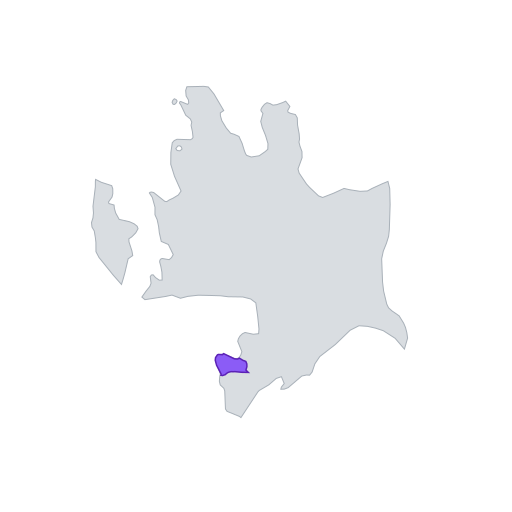 Azerbaijan, with Yardımlı highlighted, rotated 36°
{"feature_id": "AZE-1720", "entity_name": "Yardımlı", "entity_type": "District", "adm_level": 1, "iso_a3": "AZE", "parent_name": "Azerbaijan", "parent_adm1": "", "projection": "orthographic", "projection_center": [48.256, 38.872], "detail": "fine", "context": "in_parent", "style": "filled", "palette": "violet", "viewbox_px": 512, "rotation_deg": 36, "n_neighbors": 0, "source": "natural_earth", "source_scale": "10m", "svg_char_len": 3797}
<svg xmlns="http://www.w3.org/2000/svg" viewBox="0 0 512 512"><g transform="rotate(36 256 256)"><path d="M338.8,395.6L337.0,395.5L323.9,398.7L321.2,397.7L310.0,383.5L307.7,381.9L302.8,381.3L300.0,378.9L297.7,375.1L296.4,372.3L284.9,364.5L283.2,361.7L283.0,359.2L284.7,356.9L286.6,355.1L292.2,353.1L298.8,351.5L300.9,350.3L302.0,348.2L301.9,345.0L300.8,341.7L291.4,335.8L290.4,333.3L290.1,330.1L290.7,326.9L292.1,324.3L299.8,320.9L303.8,317.3L301.3,313.3L293.1,304.1L283.4,294.0L276.9,293.9L269.4,296.9L257.3,305.4L250.7,309.0L241.9,315.0L232.4,321.6L224.6,328.7L219.7,334.6L211.0,337.0L206.6,341.9L191.8,356.6L187.8,356.3L187.7,348.9L188.0,343.0L187.1,339.7L182.6,334.9L182.5,332.9L183.8,331.7L187.4,332.5L192.0,332.4L194.2,330.6L189.4,324.4L185.1,320.3L181.5,317.4L180.7,315.8L180.7,314.6L181.5,313.2L187.9,310.0L188.6,306.9L188.2,303.5L178.3,298.2L170.8,299.9L164.2,294.1L160.0,289.5L154.7,284.7L150.0,282.0L145.6,275.9L137.7,269.6L132.7,267.7L132.8,266.8L133.8,265.7L135.9,264.8L150.1,265.4L151.9,264.4L152.8,261.8L154.9,258.0L157.3,252.3L157.2,247.5L143.2,239.4L133.1,231.9L126.3,222.3L121.7,213.6L122.0,210.7L123.5,208.0L134.7,200.4L135.5,198.4L135.3,197.0L131.5,192.8L126.7,188.5L125.3,185.4L122.3,183.7L116.4,183.4L106.3,177.9L104.2,177.3L103.7,176.3L104.2,175.3L111.6,173.5L111.6,171.7L109.5,169.4L105.4,167.6L101.8,163.4L100.6,159.7L114.1,149.4L118.1,147.3L126.7,149.6L144.4,157.3L143.0,161.2L144.8,163.5L148.8,166.6L156.6,169.9L163.3,171.6L166.7,170.4L171.9,169.3L178.5,173.0L184.6,177.6L187.6,179.5L189.3,180.1L194.0,178.7L199.7,173.0L202.1,166.1L202.8,162.7L199.6,158.0L192.9,152.9L185.5,148.3L180.7,144.3L177.8,136.6L174.7,135.6L173.9,134.6L173.5,132.0L173.7,128.3L174.8,125.5L177.9,124.4L181.0,124.0L183.8,121.4L187.4,116.2L189.0,113.3L195.5,115.1L196.2,119.8L197.4,120.8L200.1,120.3L204.7,118.4L208.2,120.0L212.7,125.7L219.1,131.8L222.5,135.8L223.8,138.6L227.0,141.3L231.8,144.5L235.5,149.4L238.8,160.9L242.2,163.6L254.6,168.1L259.0,169.0L271.2,170.6L275.5,169.5L281.8,159.7L287.5,149.6L292.7,147.4L302.2,142.5L307.9,137.9L310.3,132.9L315.6,123.5L318.9,118.1L324.5,122.8L334.3,135.6L348.3,156.2L351.7,162.1L354.0,168.9L356.1,177.2L359.3,184.4L373.7,202.7L379.9,209.4L390.1,218.1L393.7,220.0L398.4,220.5L407.0,220.3L415.0,223.6L419.0,226.0L423.1,229.4L426.9,233.3L430.8,244.1L416.9,240.8L402.9,241.6L395.1,244.1L387.5,247.4L380.3,251.9L375.8,260.7L372.2,280.9L366.7,299.8L367.0,308.6L369.6,316.9L369.4,320.9L366.8,322.6L363.6,326.2L359.4,343.6L357.2,347.0L354.4,349.2L353.6,347.2L353.8,342.6L347.5,338.7L344.3,343.2L342.1,352.7L337.7,362.8L337.4,364.7L338.8,395.6ZM132.6,215.7L133.3,213.0L131.6,211.7L129.7,211.6L128.1,212.9L128.0,216.3L130.2,217.0L132.6,215.7ZM84.1,292.7L82.1,289.9L81.2,288.3L87.5,287.3L97.9,283.9L100.6,285.8L103.5,289.7L104.9,293.0L104.9,299.0L106.2,300.0L111.2,298.2L113.4,300.7L117.2,303.7L123.8,306.8L133.6,302.6L138.4,301.6L142.4,301.8L144.5,303.2L145.1,307.9L144.2,313.7L143.0,316.8L144.9,319.2L152.7,324.9L156.0,328.1L154.2,333.4L159.8,346.7L161.7,351.8L163.9,358.1L151.8,355.4L129.9,349.5L124.0,346.6L118.5,339.1L115.2,335.5L110.4,330.8L106.3,329.0L103.3,325.7L101.7,321.0L99.2,316.7L94.9,311.6L85.4,294.5L84.1,292.7ZM101.1,181.2L99.8,182.0L97.8,181.0L97.2,179.0L97.5,176.8L99.5,176.4L101.1,177.0L101.5,179.0L101.1,181.2Z" fill="#d9dde1" stroke="#a8b0b8" stroke-width="1"/><path d="M297.7,373.1L297.6,372.5L296.8,371.8L288.4,367.6L284.3,364.3L283.0,362.0L282.9,358.6L283.5,357.7L286.8,355.6L287.0,355.1L287.0,354.5L287.2,354.0L298.9,351.9L301.5,350.3L302.1,349.4L302.6,348.4L306.8,348.1L308.3,347.6L309.8,347.3L312.0,348.7L313.7,350.9L314.9,354.2L318.2,354.7L312.6,358.6L306.8,362.0L305.5,363.1L304.1,364.0L302.9,365.2L301.8,366.7L301.2,368.3L300.9,370.0L300.1,371.1L299.2,372.4L297.7,373.1Z" fill="#8b5cf6" stroke="#5b21b6" stroke-width="1.5"/></g></svg>